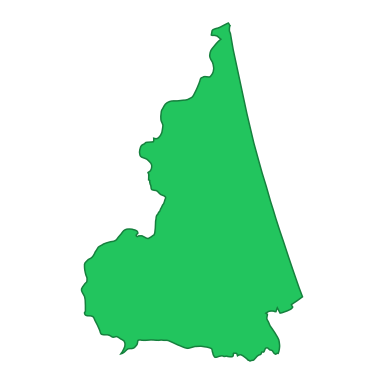 Mo Duc, Quảng Ngãi, Vietnam (Natural Earth projection)
{"feature_id": "81297802B23204917551818", "entity_name": "Mo Duc", "entity_type": "district", "adm_level": 2, "iso_a3": "VNM", "parent_name": "Vietnam", "parent_adm1": "Quảng Ngãi", "projection": "natural_earth1", "projection_center": [108.868, 14.986], "detail": "fine", "context": "isolated", "style": "filled", "palette": "green", "viewbox_px": 384, "rotation_deg": 0, "n_neighbors": 0, "source": "geoboundaries", "source_scale": "gbopen_adm2", "svg_char_len": 5946}
<svg xmlns="http://www.w3.org/2000/svg" viewBox="0 0 384 384"><path d="M302.5,296.8L299.1,287.8L293.2,270.8L288.7,257.5L283.6,242.0L279.5,229.9L275.8,218.4L273.0,209.1L270.6,201.6L266.3,186.5L262.1,172.9L258.2,158.9L253.8,142.9L246.9,113.7L237.6,70.2L233.2,49.7L230.4,33.5L229.4,31.0L229.4,28.7L229.6,26.6L230.1,25.7L229.6,25.2L228.9,23.8L228.3,23.0L226.2,24.0L223.1,25.6L220.3,27.1L217.8,28.1L216.4,28.4L215.4,28.7L214.3,29.1L213.2,29.6L212.6,30.0L212.1,30.7L212.0,31.2L211.7,32.9L211.3,35.0L211.8,35.3L212.3,35.4L213.2,35.4L214.6,35.4L215.9,35.7L217.0,36.0L217.7,36.5L218.5,37.2L219.8,38.3L220.9,39.2L218.5,41.2L216.4,43.4L212.3,48.4L211.5,49.5L210.9,50.5L210.5,51.6L210.2,52.4L209.9,54.1L209.7,55.5L209.8,56.4L209.8,56.7L210.1,57.7L210.9,59.6L212.3,61.9L213.0,63.9L213.3,65.4L213.7,67.9L213.7,68.9L213.3,71.2L213.1,72.2L212.1,74.2L211.2,75.4L210.6,76.2L210.1,76.6L209.9,76.9L208.9,77.0L205.3,76.6L204.5,76.6L203.6,76.8L202.7,77.3L202.0,77.6L201.2,77.9L200.8,78.4L200.4,79.1L200.0,80.6L199.5,82.0L199.1,83.2L198.4,84.9L197.1,88.0L196.1,90.2L193.7,95.0L193.1,95.9L192.5,96.8L191.6,97.5L190.5,98.1L189.3,98.7L187.5,99.6L185.3,100.1L183.3,100.2L178.0,100.8L177.0,100.9L173.3,100.9L171.3,101.1L169.4,101.6L167.1,102.7L165.4,104.1L164.2,105.8L162.4,109.1L161.7,110.2L161.3,111.6L160.8,116.4L160.9,119.2L161.0,120.0L161.1,120.6L161.6,121.9L162.1,122.8L162.4,123.8L162.8,124.7L162.9,125.5L162.8,126.6L162.6,128.1L162.3,130.0L162.0,131.7L161.9,132.4L161.2,133.9L160.6,135.2L159.5,136.7L158.4,137.7L158.4,137.8L157.3,138.5L156.8,138.6L155.7,138.7L154.8,138.5L153.7,138.2L153.8,140.0L153.7,140.9L153.3,141.7L152.7,141.9L152.1,141.9L151.5,142.0L149.8,142.1L146.8,142.3L145.6,142.6L145.2,143.0L144.6,143.7L143.2,144.4L142.0,145.1L141.5,145.5L140.6,147.0L139.8,149.8L139.5,152.2L139.7,153.6L140.0,155.2L140.6,156.3L141.6,157.1L143.9,158.0L145.1,158.4L147.0,159.3L148.4,160.6L149.7,161.9L151.0,163.4L151.7,165.3L151.7,167.0L151.3,169.0L150.7,170.2L150.0,171.2L148.0,172.5L148.4,173.6L148.7,174.1L148.8,174.8L148.7,174.8L148.7,177.0L148.6,179.9L149.4,180.2L149.7,180.4L149.7,182.0L150.1,183.9L150.8,185.6L151.2,188.5L151.6,189.4L152.2,189.8L154.3,190.3L156.4,190.6L157.6,191.5L158.5,192.4L159.4,193.4L160.7,194.5L163.1,195.5L164.1,195.9L165.4,196.9L165.4,197.1L165.6,197.6L165.5,198.4L164.8,200.1L164.3,202.0L163.6,203.8L162.6,205.0L161.6,207.2L160.5,209.2L160.1,210.5L159.5,211.6L158.7,212.2L158.1,213.5L157.6,214.5L156.7,215.3L156.2,217.0L156.0,219.1L155.6,221.0L155.5,223.6L155.3,228.2L154.8,232.7L154.1,234.8L153.0,235.5L151.1,236.9L149.0,238.1L148.2,238.5L147.4,238.4L146.3,238.1L144.7,237.2L141.9,235.8L139.8,235.8L138.6,235.9L137.5,236.6L136.9,236.5L136.3,235.9L136.2,235.4L136.4,234.7L136.7,234.2L137.3,233.9L137.8,233.4L137.8,233.0L137.7,232.3L137.4,231.6L136.8,230.9L135.0,230.0L133.7,229.7L132.0,229.2L129.5,229.0L127.3,229.1L126.3,229.3L124.9,229.9L123.6,230.8L122.4,232.2L121.1,234.0L118.4,237.1L116.4,239.8L114.8,240.8L113.5,241.3L110.7,241.7L109.6,242.0L106.5,242.9L103.5,244.0L102.3,244.8L99.2,246.5L98.2,247.3L96.1,250.7L95.4,251.6L94.4,253.8L93.3,255.7L92.0,257.3L90.7,258.3L88.3,259.5L86.4,261.4L85.1,262.8L84.5,264.4L84.5,266.7L84.6,268.5L84.8,270.1L85.4,273.1L85.9,275.0L87.0,277.8L87.0,280.2L86.8,281.8L86.0,282.7L85.1,283.5L82.6,286.9L81.6,288.8L81.5,289.9L81.6,290.7L82.3,292.4L84.5,296.4L85.0,298.8L85.2,300.3L85.4,305.5L85.4,311.3L84.5,312.7L84.6,313.5L84.9,314.3L85.4,315.0L86.3,315.5L87.6,315.8L89.2,315.8L90.9,315.9L92.2,316.3L93.2,316.9L93.8,317.7L95.0,320.5L97.5,325.3L99.4,329.6L100.0,331.2L100.3,332.3L100.6,333.1L101.0,333.8L101.3,334.1L101.9,334.4L103.2,334.7L104.4,334.8L107.5,334.8L109.0,335.2L110.2,335.7L111.7,336.7L112.6,337.1L113.6,337.2L116.0,336.6L116.9,336.6L118.1,337.2L119.4,338.0L120.6,338.9L122.4,339.8L123.3,340.5L123.9,340.8L124.4,341.8L124.9,343.1L125.0,344.5L124.8,346.4L123.9,348.7L122.1,352.2L121.4,353.0L120.9,353.8L122.5,353.3L124.3,352.1L126.8,349.7L128.0,348.9L128.8,348.7L130.1,348.6L131.8,348.6L133.5,348.1L134.5,347.5L135.8,346.1L137.0,344.6L137.5,342.8L137.7,341.4L138.0,340.4L138.7,340.1L140.1,339.9L141.5,340.2L143.3,340.3L145.7,340.3L148.7,340.1L150.9,339.9L153.5,340.0L155.5,340.2L158.7,340.3L161.3,340.0L163.7,340.3L166.9,340.3L168.4,340.6L172.7,342.5L177.8,344.9L179.9,345.7L183.4,347.2L185.1,347.8L186.4,348.1L187.3,348.3L188.7,348.2L190.2,347.8L194.9,346.5L197.4,346.4L200.8,346.2L204.7,346.8L207.0,347.1L209.6,347.8L210.9,348.3L211.5,348.7L212.0,349.4L212.4,351.8L212.8,352.9L213.2,354.7L213.7,355.6L214.5,356.9L215.1,357.3L216.7,357.2L218.9,356.4L221.2,355.9L222.2,355.8L223.3,356.2L224.1,356.5L225.4,356.3L226.7,356.1L227.7,356.5L229.2,356.7L231.2,356.8L232.2,356.7L233.1,356.0L233.4,354.5L233.3,353.7L233.7,353.2L235.3,353.2L236.5,353.4L236.9,353.8L237.5,355.8L238.8,355.0L240.9,354.7L242.9,355.8L245.5,357.7L247.8,359.7L248.1,360.2L248.8,360.3L250.0,361.0L251.4,360.5L252.3,360.3L253.0,360.3L253.7,360.0L254.5,359.2L255.1,358.5L255.7,357.9L256.6,356.8L257.3,356.1L258.0,355.6L258.7,355.1L259.6,354.8L260.5,354.5L261.0,354.0L261.3,353.4L261.5,352.6L261.8,352.2L262.0,352.0L262.3,352.0L262.9,352.0L263.3,352.1L263.8,351.9L264.2,351.3L264.7,350.0L265.2,348.8L265.5,348.4L265.9,348.1L266.2,348.0L266.4,347.9L266.8,347.8L267.5,347.9L268.1,348.3L268.7,348.9L269.5,349.6L270.0,350.0L270.5,350.0L271.2,350.2L271.8,350.4L272.2,350.6L272.9,351.5L273.5,352.5L274.1,353.3L274.8,353.8L275.7,354.2L277.2,353.3L278.2,353.4L278.9,351.2L279.3,349.3L279.6,346.7L279.6,345.2L279.3,342.6L279.1,341.3L278.8,339.9L278.1,338.4L277.5,337.2L275.7,334.2L275.2,333.3L272.6,329.4L270.0,325.7L268.8,322.8L268.3,321.7L267.3,320.0L266.9,319.2L266.8,318.0L267.0,316.6L267.3,315.4L267.4,314.9L267.4,314.3L265.8,313.2L268.7,311.4L271.0,311.0L273.5,311.1L275.1,311.7L276.0,311.6L276.3,310.4L276.8,309.0L277.3,307.8L279.5,312.0L280.1,313.1L281.8,312.8L287.2,310.9L290.8,309.2L292.4,307.7L292.7,307.0L292.0,306.0L291.4,304.7L292.5,303.8L297.3,300.6L302.5,296.8Z" fill="#22c55e" stroke="#15803d" stroke-width="1.5"/></svg>